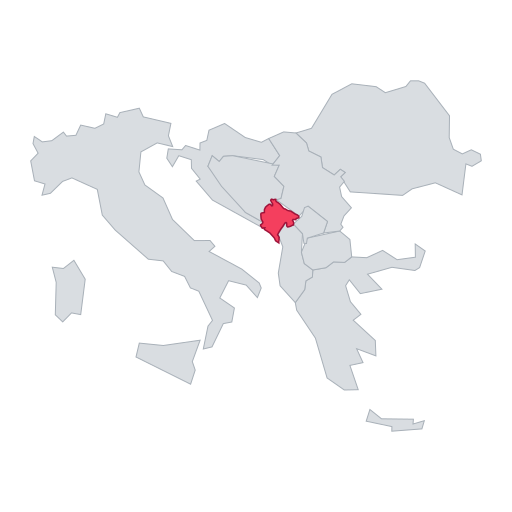 Montenegro highlighted, Equal Earth projection
{"feature_id": "MNE", "entity_name": "Montenegro", "entity_type": "country or territory", "adm_level": 0, "iso_a3": "MNE", "parent_name": "Europe", "parent_adm1": "", "projection": "equal_earth", "projection_center": [19.258, 42.706], "detail": "fine", "context": "with_neighbors", "style": "filled", "palette": "rose", "viewbox_px": 512, "rotation_deg": 0, "n_neighbors": 9, "source": "natural_earth", "source_scale": "50m", "svg_char_len": 5037}
<svg xmlns="http://www.w3.org/2000/svg" viewBox="0 0 512 512"><path d="M453.3,149.2L462.3,153.9L471.3,149.8L480.4,154.2L481.3,160.8L472.0,166.3L465.9,163.9L462.0,194.9L435.3,182.8L412.2,188.8L402.6,195.4L350.3,191.9L340.7,176.8L345.2,172.5L340.3,169.3L334.2,175.0L322.5,167.6L320.9,157.0L308.8,151.0L306.5,143.0L295.9,133.0L311.5,128.3L332.0,94.3L351.8,83.8L376.2,86.7L385.3,92.7L405.9,86.5L410.5,80.8L418.6,80.8L424.6,83.2L449.5,115.8L449.2,137.6L453.3,149.2Z" fill="#d9dde1" stroke="#a8b0b8" stroke-width="1"/><path d="M424.3,420.7L421.9,428.9L391.8,431.2L391.9,426.6L366.2,421.2L369.9,409.5L381.5,418.8L413.4,419.2L413.0,424.0L424.3,420.7ZM351.7,256.9L366.7,257.7L382.6,250.4L397.1,259.7L415.4,257.2L415.2,244.0L425.2,251.0L419.6,267.6L414.9,270.5L391.9,267.3L367.5,274.2L381.9,289.2L360.3,293.6L349.3,279.8L345.6,285.7L350.4,301.7L360.9,314.3L353.2,320.2L375.3,340.5L375.9,355.9L356.6,348.7L363.0,362.6L349.9,365.4L358.2,389.7L344.3,390.0L327.1,378.0L315.4,338.1L296.7,310.2L295.3,302.6L304.7,289.6L305.9,280.9L312.4,277.0L312.8,270.0L326.0,267.7L333.6,261.9L344.6,262.4L351.7,256.9Z" fill="#d9dde1" stroke="#a8b0b8" stroke-width="1"/><path d="M312.8,270.0L312.4,277.0L305.9,280.9L304.7,289.6L295.3,302.6L280.1,285.8L278.3,273.1L282.8,246.8L278.0,234.3L286.7,221.4L288.0,226.3L293.4,224.0L302.5,233.7L301.4,252.2L304.3,263.6L312.8,270.0Z" fill="#d9dde1" stroke="#a8b0b8" stroke-width="1"/><path d="M224.6,123.5L245.2,137.5L261.4,142.3L268.7,138.5L279.7,155.6L272.1,165.2L263.2,159.6L232.7,155.7L223.5,156.3L219.2,161.5L212.2,155.7L207.9,166.3L245.5,212.5L263.1,222.4L260.9,226.9L212.5,200.1L196.2,181.1L200.2,179.1L191.5,168.3L191.3,159.7L178.8,155.7L172.4,166.7L166.8,158.2L168.3,148.9L181.9,149.8L185.6,145.5L199.9,150.1L200.0,143.0L206.8,140.4L209.0,130.2L224.6,123.5Z" fill="#d9dde1" stroke="#a8b0b8" stroke-width="1"/><path d="M105.8,113.8L117.4,117.3L119.9,112.6L139.3,108.2L143.3,116.9L170.9,123.4L168.4,135.8L172.7,146.6L157.2,142.9L140.9,151.9L138.9,171.9L144.9,185.0L163.0,198.0L172.5,219.5L194.3,240.6L210.0,240.5L214.9,246.3L209.1,251.5L241.8,269.1L259.2,283.0L261.2,288.0L257.4,297.6L246.2,285.1L228.6,280.7L219.8,298.0L234.4,308.0L231.8,322.0L223.3,323.6L212.0,346.9L203.3,349.0L208.0,326.1L212.5,320.4L198.8,291.2L190.4,287.9L184.6,276.4L171.7,271.5L163.2,260.9L148.3,259.2L115.2,230.1L102.3,215.1L97.3,189.4L71.9,177.9L62.6,181.4L50.4,193.3L42.0,195.2L45.0,184.0L34.5,180.8L30.7,160.9L38.1,153.2L33.0,143.6L34.3,136.5L42.3,141.9L51.8,140.7L63.4,132.1L66.5,136.1L75.9,135.3L80.7,125.1L94.9,128.3L103.7,124.0L105.8,113.8ZM163.3,345.5L200.1,340.2L192.3,361.6L195.2,370.1L190.6,384.2L136.0,357.0L139.3,343.1L163.3,345.5ZM63.4,268.5L73.9,260.3L85.2,279.2L80.7,314.6L71.5,312.9L62.7,321.9L55.3,314.8L56.2,282.4L52.3,267.2L63.4,268.5Z" fill="#d9dde1" stroke="#a8b0b8" stroke-width="1"/><path d="M263.1,222.4L245.5,212.5L221.5,186.3L207.9,166.3L212.2,155.7L219.2,161.5L223.5,156.3L232.7,155.7L279.2,165.2L274.3,176.4L283.9,186.3L281.0,198.5L266.1,208.1L263.1,222.4Z" fill="#d9dde1" stroke="#a8b0b8" stroke-width="1"/><path d="M339.7,231.0L349.9,239.5L351.7,256.9L344.6,262.4L333.6,261.9L326.0,267.7L312.8,270.0L304.3,263.6L301.4,252.2L307.3,238.1L339.7,231.0Z" fill="#d9dde1" stroke="#a8b0b8" stroke-width="1"/><path d="M268.7,138.5L283.7,131.9L295.9,133.0L306.5,143.0L308.8,151.0L320.9,157.0L322.5,167.6L334.2,175.0L340.3,169.3L345.2,172.5L340.7,176.8L344.4,181.3L339.6,187.1L341.6,196.6L351.4,207.8L344.0,215.9L340.8,224.2L343.0,227.3L339.7,231.0L323.6,233.0L327.5,221.5L308.1,206.2L297.1,218.2L298.7,215.9L276.3,199.7L281.0,198.5L283.9,186.3L274.3,176.4L279.2,165.2L272.1,165.2L279.7,155.6L268.7,138.5Z" fill="#d9dde1" stroke="#a8b0b8" stroke-width="1"/><path d="M303.9,243.3L302.5,233.7L293.4,224.0L301.8,216.3L304.5,207.6L308.1,206.2L327.5,221.5L323.6,233.0L307.3,238.1L306.5,243.5L303.9,243.3Z" fill="#d9dde1" stroke="#a8b0b8" stroke-width="1"/><path d="M275.8,199.4L275.8,199.7L275.8,200.7L276.3,201.6L277.9,202.5L280.2,204.3L282.9,207.7L284.2,208.8L285.3,209.0L287.5,210.4L289.1,210.8L290.8,211.1L295.3,214.1L297.3,214.9L298.7,216.1L298.9,217.1L298.8,217.8L296.2,218.5L295.8,219.7L294.5,219.5L293.0,219.5L292.5,220.3L293.2,221.5L293.7,222.9L293.4,224.8L293.2,225.1L292.9,225.0L290.7,226.2L289.1,226.7L287.7,227.0L287.0,226.4L286.7,225.7L286.7,223.5L286.5,222.8L286.0,222.5L285.0,223.0L283.9,224.6L282.8,226.5L281.2,228.5L279.9,230.5L278.5,232.9L277.5,234.9L278.5,236.0L279.2,237.6L279.0,238.8L279.1,239.5L278.8,241.6L278.8,242.9L275.6,240.8L274.3,237.9L269.8,232.9L264.5,229.5L264.3,229.0L264.5,228.3L264.8,227.8L263.7,227.8L262.9,228.2L262.2,228.1L261.4,226.8L260.6,225.7L260.6,224.8L261.0,224.6L261.5,224.3L262.6,223.2L262.8,222.6L262.8,221.8L261.2,219.1L261.0,217.3L260.8,214.1L261.1,213.3L261.7,213.0L264.4,212.5L264.4,210.0L264.5,209.3L265.1,208.2L265.4,207.3L266.9,205.9L269.0,204.3L269.9,204.2L270.6,204.4L271.5,205.8L272.5,205.7L272.7,204.0L271.4,201.8L270.7,200.4L271.0,199.6L271.4,199.2L272.5,199.4L273.5,199.8L274.2,199.5L275.2,199.3L275.8,199.4Z" fill="#f43f5e" stroke="#9f1239" stroke-width="1.5"/></svg>